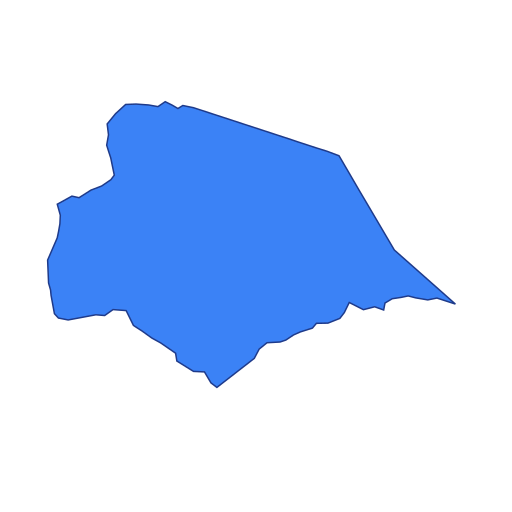 Santa Terezinha, Pernambuco, Brazil (Equal Earth projection), rotated 280°
{"feature_id": "56859067B87497954327615", "entity_name": "Santa Terezinha", "entity_type": "district", "adm_level": 2, "iso_a3": "BRA", "parent_name": "Brazil", "parent_adm1": "Pernambuco", "projection": "equal_earth", "projection_center": [-37.445, -7.446], "detail": "fine", "context": "isolated", "style": "filled", "palette": "blue", "viewbox_px": 512, "rotation_deg": 280, "n_neighbors": 0, "source": "geoboundaries", "source_scale": "gbopen_adm2", "svg_char_len": 1120}
<svg xmlns="http://www.w3.org/2000/svg" viewBox="0 0 512 512"><g transform="rotate(280 256 256)"><path d="M119.8,240.3L154.9,272.1L164.9,275.3L172.5,281.9L175.5,294.7L178.4,300.0L184.8,306.7L188.9,312.8L194.8,324.1L200.2,327.2L202.4,338.5L209.1,349.4L215.6,352.8L226.4,355.9L221.8,371.1L226.6,381.7L225.0,391.1L232.1,391.2L237.6,397.6L240.4,406.0L243.1,412.8L242.5,420.5L242.6,432.8L246.0,441.5L243.3,460.7L285.9,391.2L324.7,358.1L338.7,346.1L350.2,336.4L369.1,320.4L371.5,307.7L372.9,296.8L375.6,277.8L376.6,271.3L391.2,168.7L391.5,157.8L387.7,153.5L390.1,147.0L392.2,139.8L386.1,133.5L386.1,124.1L384.8,111.5L382.6,101.3L371.8,93.0L360.2,86.5L349.7,89.7L339.2,89.7L333.8,92.5L327.4,95.9L311.0,102.4L305.9,99.8L298.1,91.8L292.3,82.1L282.7,71.6L283.0,64.3L272.5,51.3L262.2,56.2L253.6,57.3L245.5,57.3L239.3,57.1L215.8,51.5L193.4,56.4L186.8,59.6L181.7,61.0L164.2,67.5L160.6,72.2L160.4,82.1L170.3,108.5L171.1,117.3L178.4,124.5L179.7,137.6L166.3,147.4L162.3,156.9L157.1,167.7L153.9,177.1L146.3,193.7L138.8,196.3L131.5,214.5L132.9,225.4L123.2,233.7L119.8,240.3Z" fill="#3b82f6" stroke="#1e3a8a" stroke-width="1.5"/></g></svg>